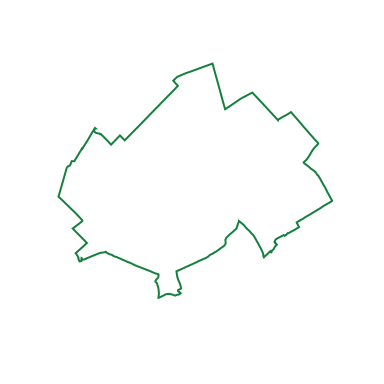 the district of Plenita, Dolj, Romania, rotated 128°
{"feature_id": "2599482B69376152163342", "entity_name": "Plenita", "entity_type": "district", "adm_level": 2, "iso_a3": "ROU", "parent_name": "Romania", "parent_adm1": "Dolj", "projection": "natural_earth1", "projection_center": [23.162, 44.229], "detail": "fine", "context": "isolated", "style": "outline", "palette": "green", "viewbox_px": 384, "rotation_deg": 128, "n_neighbors": 0, "source": "geoboundaries", "source_scale": "gbopen_adm2", "svg_char_len": 5872}
<svg xmlns="http://www.w3.org/2000/svg" viewBox="0 0 384 384"><g transform="rotate(128 192 192)"><path d="M315.9,237.8L314.8,236.9L314.4,236.6L314.2,236.7L313.7,237.3L312.4,238.2L312.1,238.4L312.0,238.0L312.8,236.8L311.8,235.5L310.8,235.1L310.0,234.5L309.1,234.2L306.8,232.8L305.1,231.9L299.0,228.4L296.4,226.7L296.0,226.4L295.4,225.8L294.8,225.2L294.1,224.5L293.5,224.0L292.5,223.4L292.3,223.2L292.2,223.1L292.2,222.9L292.5,222.3L292.4,221.9L292.1,220.0L291.9,219.1L291.6,218.2L291.3,217.5L291.0,216.9L290.8,216.5L290.8,215.1L290.7,214.6L290.6,213.7L290.3,212.8L289.9,212.1L289.7,211.7L289.4,210.2L289.1,209.0L288.7,207.7L288.5,207.1L288.5,206.5L288.2,205.5L286.9,200.4L286.5,198.9L286.0,197.3L285.6,195.7L285.3,194.3L285.1,193.3L285.1,192.8L284.8,191.8L283.9,188.7L283.5,187.4L282.9,185.3L282.7,184.8L282.5,184.0L281.7,181.4L281.3,180.1L280.4,177.2L279.9,175.3L279.7,174.8L279.6,173.9L278.8,171.3L278.7,170.7L277.9,169.0L277.5,167.7L279.0,166.6L279.9,166.1L280.3,166.0L282.2,166.2L283.8,166.2L284.5,166.1L285.0,165.8L285.2,165.6L285.3,165.3L285.3,165.1L285.4,164.1L285.4,163.8L287.6,160.4L288.7,159.0L290.7,157.1L292.5,155.5L293.0,155.1L294.8,154.1L296.0,153.3L295.0,152.6L290.4,150.4L289.4,150.0L288.5,149.5L287.1,148.1L285.9,146.7L285.8,146.2L284.8,144.1L284.6,143.3L284.0,141.5L283.1,141.0L282.0,140.3L281.5,140.0L281.3,139.6L280.5,139.1L278.7,138.6L278.6,140.5L278.7,141.9L277.9,142.5L277.5,142.5L277.2,142.3L276.6,142.0L274.9,141.2L274.7,141.2L274.3,141.6L272.4,144.0L271.2,145.8L270.3,147.6L269.0,149.8L267.9,151.4L267.7,151.7L267.5,151.8L265.8,153.6L265.2,154.3L264.1,155.4L263.7,155.2L259.7,153.1L256.2,151.3L251.0,148.6L248.8,147.4L245.1,145.5L242.9,144.5L234.9,140.2L233.8,139.8L233.2,139.5L232.0,139.4L231.1,139.2L230.6,139.0L230.3,138.9L229.9,138.9L229.2,138.5L228.8,138.2L228.3,138.0L227.9,137.7L227.5,137.7L225.7,137.0L223.8,136.2L222.8,135.9L219.9,135.1L218.8,134.8L218.3,134.7L215.6,133.8L214.6,133.6L213.8,133.6L213.2,133.5L212.7,133.6L211.9,133.8L211.5,134.1L210.0,135.4L209.9,135.5L209.4,136.1L209.1,136.3L208.1,136.4L207.1,136.7L206.8,136.8L203.6,136.3L201.4,136.0L201.0,135.9L200.7,135.8L198.3,135.3L195.5,134.9L193.6,134.4L192.2,135.0L191.1,135.3L190.0,135.8L187.3,136.6L186.0,137.2L186.0,134.6L186.1,133.5L186.0,131.3L186.1,131.2L186.9,127.3L187.2,125.3L187.2,124.8L187.4,122.4L187.9,120.4L188.0,119.7L188.2,117.8L188.4,116.8L188.8,115.6L190.3,111.9L192.3,107.2L194.0,103.3L195.4,100.4L196.1,99.2L196.5,98.4L197.1,97.8L197.2,97.4L197.4,97.2L197.7,97.0L198.4,96.5L198.7,96.1L199.1,95.2L198.7,95.2L198.3,95.2L198.1,95.0L197.5,94.9L196.6,94.8L196.0,94.6L194.6,94.4L192.6,94.2L191.1,93.9L190.4,93.9L190.8,92.5L190.1,92.4L189.8,92.5L189.1,92.8L186.7,92.5L185.9,92.6L185.3,92.8L184.1,93.0L183.4,93.0L182.7,92.9L182.3,92.8L182.0,92.8L181.7,92.8L181.4,92.7L181.2,92.7L181.1,93.3L181.0,93.9L180.8,95.0L180.6,95.4L180.7,95.5L180.4,95.7L180.4,95.8L180.5,96.1L180.5,96.3L180.3,96.4L179.6,96.5L178.7,96.8L177.2,96.7L176.6,96.4L175.3,95.9L174.8,95.7L174.0,95.2L173.0,94.8L169.4,93.2L169.4,92.0L169.1,92.0L168.3,91.6L167.7,91.4L166.0,91.2L165.6,91.3L165.3,91.0L165.2,90.8L165.0,90.6L164.1,90.2L163.1,89.8L162.3,89.5L161.7,89.2L159.2,88.1L157.9,87.6L153.8,86.0L153.3,87.1L152.9,87.9L152.1,89.7L151.5,90.8L149.5,90.1L144.7,88.1L140.4,86.6L138.4,85.7L135.5,84.6L134.6,84.3L130.2,82.6L124.9,80.6L123.8,80.3L121.9,79.7L120.4,79.1L119.4,78.7L117.2,77.8L114.6,76.7L113.9,76.5L112.7,76.1L110.3,81.5L109.5,83.4L109.1,84.4L108.7,85.5L108.2,86.3L107.3,88.2L106.0,91.0L105.7,92.1L105.1,93.5L104.7,94.4L104.4,95.1L104.1,95.6L103.9,96.6L103.3,97.6L103.1,98.1L102.5,99.7L102.2,100.7L101.8,101.5L101.3,102.9L101.3,103.5L101.3,103.8L101.3,104.2L100.6,105.7L100.3,107.1L100.2,108.4L100.2,109.5L100.3,110.5L100.3,111.5L100.4,112.7L100.2,114.9L100.2,116.5L100.2,117.7L100.2,120.1L100.3,121.1L100.2,121.7L100.0,122.2L99.8,122.3L97.9,121.9L96.6,121.7L94.9,121.7L93.8,121.7L90.3,122.0L87.0,122.5L85.2,122.7L84.4,122.8L82.5,122.8L79.3,122.5L76.2,122.3L75.6,123.5L75.4,125.1L74.9,128.6L74.5,130.3L74.1,132.5L74.0,133.2L73.6,135.3L72.9,138.7L72.6,140.2L71.9,144.3L71.5,145.9L69.5,155.8L68.6,160.9L68.3,162.1L68.1,163.2L68.6,163.3L71.5,164.4L72.8,164.9L74.2,165.5L76.3,166.5L77.3,166.9L81.7,168.6L81.9,168.7L82.1,168.7L82.5,168.5L80.9,177.8L80.7,179.5L80.1,182.8L78.5,192.8L77.2,201.2L76.6,205.7L86.3,210.1L88.6,211.1L92.1,212.2L98.1,214.1L104.5,216.2L105.9,216.6L106.4,216.9L105.6,217.9L103.1,221.4L97.0,229.6L92.1,236.1L89.3,239.9L85.9,244.5L81.1,251.0L80.0,252.4L78.2,254.9L86.0,259.8L92.6,263.9L99.0,267.9L101.4,269.5L104.4,271.3L109.4,274.0L110.2,274.5L112.7,274.9L115.8,275.3L116.0,274.3L116.2,273.0L116.5,271.8L116.9,268.9L116.9,268.6L117.1,268.5L123.4,269.1L142.8,271.3L145.4,271.5L147.7,271.8L148.0,271.9L151.5,272.2L154.7,272.6L164.5,273.6L167.8,274.0L170.3,274.2L173.7,274.6L178.4,275.2L192.7,276.8L191.8,283.6L204.5,284.9L203.6,290.5L202.4,299.6L203.0,299.7L203.1,299.8L203.2,300.2L203.1,300.7L203.1,301.1L203.2,301.3L203.8,302.3L204.5,304.1L204.6,304.5L204.6,304.9L204.5,305.4L204.4,305.9L204.1,306.5L203.6,307.4L202.5,307.3L201.9,307.3L201.6,307.3L201.3,307.0L201.3,307.9L204.7,307.5L206.1,307.4L211.4,306.6L212.4,306.5L215.5,306.1L222.2,305.4L224.8,305.1L225.3,305.0L225.2,305.5L240.1,303.7L240.3,303.8L241.8,305.8L245.9,304.5L246.2,304.5L246.6,304.7L248.2,305.5L248.9,305.6L249.7,305.6L250.5,305.4L277.9,294.3L278.0,293.1L278.5,287.2L278.8,285.1L279.2,280.6L279.4,279.4L280.0,273.7L280.3,270.7L281.7,261.7L282.2,260.7L282.4,260.5L288.2,261.9L294.2,263.5L294.9,258.7L295.0,257.6L295.2,256.1L295.8,251.2L296.0,249.7L296.5,246.0L296.6,245.6L296.9,243.4L298.9,243.8L300.2,243.9L301.3,244.2L302.6,244.3L305.5,244.9L306.4,245.0L308.0,245.3L311.8,246.0L311.8,245.7L312.3,244.4L313.0,242.4L313.6,241.1L313.7,240.9L314.0,240.8L314.3,240.7L314.5,240.5L314.7,240.0L314.9,239.9L315.1,239.6L315.4,238.9L315.9,238.1L315.9,237.8Z" fill="none" stroke="#15803d" stroke-width="2"/></g></svg>